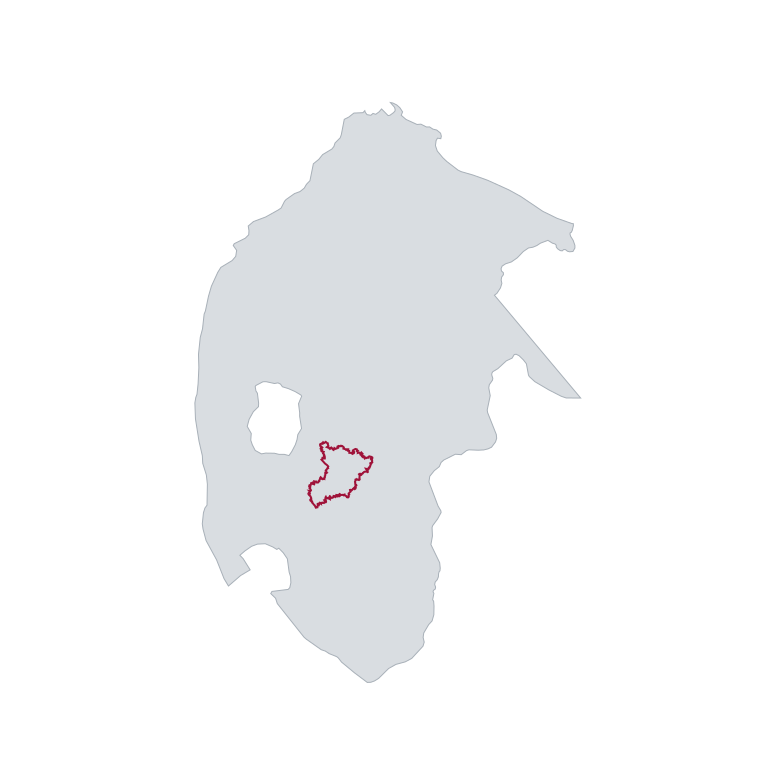 location of Fezile Dabi, Free State, South Africa, rotated 141°
{"feature_id": "47623444B21501715606105", "entity_name": "Fezile Dabi", "entity_type": "district", "adm_level": 2, "iso_a3": "ZAF", "parent_name": "South Africa", "parent_adm1": "Free State", "projection": "natural_earth1", "projection_center": [27.835, -27.476], "detail": "fine", "context": "in_parent", "style": "outline", "palette": "rose", "viewbox_px": 768, "rotation_deg": 141, "n_neighbors": 0, "source": "geoboundaries", "source_scale": "gbopen_adm2", "svg_char_len": 9649}
<svg xmlns="http://www.w3.org/2000/svg" viewBox="0 0 768 768"><g transform="rotate(141 384 384)"><path d="M518.7,155.7L535.1,153.3L542.4,154.7L551.2,158.6L559.4,160.0L573.4,158.6L578.2,159.2L582.0,160.5L584.8,162.6L588.7,178.1L592.0,194.6L591.9,200.0L592.4,202.0L596.3,209.0L597.7,213.4L600.0,217.0L605.0,234.7L605.5,237.7L605.1,280.5L603.1,285.7L603.9,292.4L601.6,293.3L587.8,284.7L585.4,285.0L581.4,288.2L577.8,293.2L576.1,297.5L569.1,309.0L568.5,316.3L569.1,322.6L571.4,322.9L573.0,327.4L576.8,334.6L583.1,339.2L589.0,341.2L597.2,341.8L603.8,341.6L603.4,336.8L605.0,323.8L615.9,325.4L632.0,324.9L630.8,333.4L624.8,352.6L620.8,374.3L615.9,385.2L613.2,389.7L605.3,397.6L601.2,400.3L597.8,401.2L584.3,417.3L579.3,425.1L574.8,436.4L570.3,442.6L563.8,455.9L552.5,475.5L542.9,488.3L538.7,492.0L535.8,493.7L528.3,501.2L517.6,513.2L509.5,523.8L497.4,535.9L490.3,541.1L479.8,551.5L476.9,553.1L465.1,562.7L456.6,568.6L442.9,575.4L437.4,577.3L424.4,575.5L418.9,576.5L414.4,580.6L414.0,586.5L412.1,587.3L400.1,584.6L395.2,585.1L392.4,588.2L390.1,592.2L383.2,592.4L371.0,588.3L356.6,585.8L353.2,585.5L346.3,588.6L343.9,589.0L333.7,588.3L328.1,586.4L322.7,586.4L318.6,588.0L313.6,588.6L300.3,599.6L293.3,599.6L287.3,600.9L276.7,599.4L273.5,600.1L270.4,602.1L263.1,602.9L260.3,604.6L248.3,614.7L243.3,613.6L236.9,613.5L229.6,608.1L226.9,608.5L227.6,606.9L227.7,604.0L225.1,601.1L222.3,601.2L220.7,598.8L216.4,598.6L212.8,599.3L211.9,590.0L210.2,589.1L205.9,588.9L203.8,589.2L202.8,590.0L201.7,592.2L201.9,598.7L200.3,596.8L198.5,592.9L197.8,588.8L198.3,583.8L201.5,582.0L200.4,575.7L195.0,564.9L191.8,562.7L189.3,557.1L186.8,555.1L185.6,551.3L183.2,548.2L182.2,543.3L183.5,540.5L185.5,538.9L187.7,541.4L190.3,540.4L194.0,536.9L196.0,531.5L195.9,522.9L195.2,517.5L191.9,503.7L190.4,500.5L183.4,490.5L175.3,477.2L164.8,456.3L159.7,443.7L151.9,418.2L145.2,403.8L137.0,390.4L136.0,389.5L137.1,387.9L141.2,384.8L143.1,384.0L144.2,384.3L145.1,383.5L146.0,381.4L146.6,376.6L148.4,371.6L150.1,369.5L153.8,368.1L156.6,370.0L157.9,371.8L158.4,374.2L159.7,375.4L161.7,375.3L163.1,376.8L164.0,379.9L163.9,382.1L162.8,383.5L163.0,385.3L164.5,387.5L166.2,392.5L173.8,395.0L178.1,395.4L182.2,396.6L186.1,398.8L192.4,399.3L201.0,398.2L208.2,398.7L213.9,400.9L218.0,401.3L220.5,399.9L221.6,397.9L221.2,395.4L222.4,393.8L225.2,393.1L227.5,391.1L229.1,388.0L233.0,385.4L239.2,383.4L242.3,383.5L240.0,249.3L251.2,258.5L253.9,262.8L259.5,275.4L265.3,290.9L266.4,298.3L266.1,300.0L260.6,310.1L260.5,315.1L261.2,321.0L262.6,324.0L264.3,324.9L268.2,323.5L274.3,325.0L285.9,324.3L291.7,325.1L293.2,324.6L294.5,323.4L295.9,319.9L297.3,318.7L302.6,317.2L305.0,315.1L308.8,308.1L320.2,298.8L321.5,296.5L328.5,274.1L330.6,270.9L333.8,268.8L340.2,267.2L343.9,268.1L348.0,270.0L352.5,273.3L359.4,279.4L361.7,280.3L368.5,280.5L372.7,284.5L385.4,287.3L389.0,287.1L393.0,285.0L399.5,285.0L406.5,283.5L410.7,279.6L418.8,255.1L419.6,249.7L420.5,248.2L427.2,245.4L435.3,243.3L437.0,242.2L442.0,235.4L448.6,229.7L453.2,210.1L456.2,205.5L458.1,203.6L459.2,203.5L460.9,202.3L463.1,199.9L465.8,198.4L468.8,197.9L470.8,196.3L471.7,193.7L473.2,192.4L475.5,192.5L476.7,191.6L477.0,189.9L482.0,185.7L482.1,184.0L485.0,179.8L490.5,173.3L495.8,169.6L500.7,168.9L509.8,165.5L513.1,162.4L515.2,158.1L518.7,155.7ZM503.0,444.7L511.1,441.4L517.0,437.1L518.3,429.1L522.9,424.2L524.6,419.6L525.9,413.4L523.2,406.8L519.5,404.8L512.8,399.2L509.8,395.3L505.8,392.1L502.9,388.2L498.3,389.5L491.1,392.6L486.6,395.5L482.8,398.9L476.1,401.3L469.8,412.1L467.7,414.6L462.8,422.5L455.7,426.3L455.5,427.8L457.9,434.2L461.2,440.6L464.7,445.8L464.5,449.1L465.7,451.6L468.8,453.3L474.0,459.8L476.6,461.9L484.6,463.5L485.7,463.1L487.9,459.2L488.2,456.5L493.5,448.0L495.8,445.4L503.0,444.7Z" fill="#d9dde1" stroke="#a8b0b8" stroke-width="1"/><path d="M439.3,334.3L440.6,336.3L440.4,336.3L441.0,337.1L442.8,336.7L443.1,337.4L444.2,337.4L444.8,338.4L445.9,338.2L445.9,338.6L445.6,338.9L445.4,340.1L445.0,340.2L445.2,340.7L445.8,340.5L445.9,341.0L446.5,340.8L446.6,341.4L446.1,341.5L446.3,341.9L446.1,342.0L446.3,342.6L446.5,343.2L445.9,343.0L444.6,343.2L444.7,345.1L446.2,344.9L446.5,346.4L447.5,346.8L447.0,347.1L447.6,349.3L447.5,349.1L446.8,349.3L446.9,349.1L446.8,349.4L446.4,349.2L446.7,351.1L447.1,351.5L448.4,351.8L449.1,351.8L450.0,352.0L450.4,351.5L449.9,349.9L450.5,349.5L451.5,349.5L451.5,349.3L452.3,349.5L451.8,350.8L452.2,350.9L452.7,350.5L452.8,351.0L454.3,352.3L453.1,353.9L454.0,354.8L452.9,355.8L453.9,356.6L454.5,356.3L454.8,356.6L454.4,357.0L455.2,357.8L456.2,359.3L455.1,360.0L455.4,361.8L455.6,361.8L456.2,363.0L456.7,362.8L458.1,364.2L458.7,363.9L458.6,364.5L459.1,364.6L459.0,363.7L459.3,363.6L459.3,364.1L459.5,363.5L459.7,363.3L460.4,363.9L461.1,363.6L462.7,364.2L462.7,364.7L462.9,365.5L464.7,364.5L464.9,365.0L464.8,367.0L465.3,367.2L465.2,367.7L466.0,367.5L466.1,367.9L466.7,367.8L466.6,368.3L467.0,368.4L467.0,368.8L468.1,370.9L466.2,370.8L465.5,372.8L465.0,373.2L465.4,373.9L465.7,375.7L467.3,375.7L467.5,376.0L467.8,376.6L468.1,376.6L468.1,377.0L468.4,376.9L468.5,376.1L469.1,376.1L469.1,376.9L469.3,377.0L469.8,376.7L471.1,377.4L471.9,376.5L472.1,376.7L472.5,376.1L472.3,375.8L471.9,373.4L472.8,373.2L473.4,374.0L473.8,373.8L473.7,372.9L473.9,372.9L473.8,372.4L473.6,371.6L474.8,371.5L474.7,370.5L473.6,369.2L475.1,368.4L474.9,367.1L475.6,366.4L475.1,366.4L475.5,365.4L475.8,365.5L476.1,364.3L476.6,364.0L476.6,363.8L476.8,363.5L477.0,363.7L477.0,363.9L477.3,363.7L477.6,363.8L477.8,364.0L477.7,364.4L478.0,364.6L478.0,364.9L478.3,365.2L478.7,364.6L480.2,364.6L480.0,361.6L479.9,359.3L479.3,356.8L479.2,355.0L480.5,354.4L480.5,353.8L481.6,353.9L482.5,353.7L483.7,353.5L483.8,353.2L483.5,352.8L484.2,351.7L484.5,351.7L484.3,351.0L485.8,351.1L485.9,351.5L487.2,349.9L488.0,349.4L488.2,349.5L488.7,348.7L489.1,348.7L489.8,348.0L489.9,348.5L490.4,348.6L490.6,348.4L490.9,348.6L491.0,348.3L491.6,348.6L491.9,351.4L492.6,351.2L492.7,350.8L492.9,350.5L492.9,350.3L493.3,350.7L494.5,350.0L494.7,349.8L495.1,349.8L495.4,349.3L495.8,349.6L496.1,349.6L496.5,349.1L497.0,348.9L497.6,349.2L498.4,349.9L498.2,350.2L498.3,350.8L498.2,351.0L498.7,351.3L499.5,352.3L499.9,351.7L500.0,351.8L500.7,351.6L500.7,350.7L500.9,350.3L501.2,350.1L501.5,351.1L501.9,351.3L502.1,351.0L502.8,352.0L502.3,352.5L502.8,352.6L503.0,352.8L504.5,351.7L504.5,352.0L506.5,352.3L506.3,352.2L506.5,351.9L506.6,351.0L506.4,350.4L506.6,349.9L507.4,349.9L507.4,348.1L507.8,347.3L508.8,347.5L509.3,348.0L509.2,347.0L510.2,346.8L510.3,346.3L510.7,346.6L511.0,345.3L511.3,345.3L512.0,345.8L512.1,345.2L511.8,343.1L512.4,341.0L513.3,340.7L513.2,340.0L513.3,339.8L513.7,339.7L514.4,340.0L514.5,339.5L513.8,339.1L514.1,338.4L513.8,338.3L513.7,338.0L514.2,337.1L514.4,337.0L514.4,336.6L514.5,336.5L514.3,335.8L514.5,334.5L514.2,333.4L514.8,330.8L513.4,330.1L513.0,330.9L512.4,331.0L511.9,330.9L511.5,331.2L511.1,330.9L510.9,331.4L511.2,331.5L511.2,332.0L511.3,332.2L511.0,332.6L510.7,332.5L510.4,331.6L510.0,331.4L509.5,332.0L509.1,331.8L508.7,332.0L508.4,330.9L508.1,331.5L507.5,331.1L507.6,330.8L507.4,330.6L506.9,330.4L506.6,330.6L506.4,330.5L505.6,329.3L505.4,329.3L505.3,329.6L504.8,329.5L503.6,328.7L503.3,328.8L503.3,329.1L502.9,329.3L502.4,330.2L502.7,330.5L503.2,330.1L503.8,330.3L503.6,331.2L503.0,330.8L502.5,330.8L502.5,331.2L502.0,331.3L501.7,331.8L501.3,331.7L501.1,331.9L501.0,332.4L500.8,332.7L500.2,332.9L500.3,332.5L500.6,332.4L500.7,332.0L500.1,331.4L500.0,331.1L499.3,330.7L499.5,330.2L498.8,329.4L498.5,328.6L498.3,328.9L498.5,329.1L498.3,329.5L498.2,329.8L497.7,329.1L497.3,329.2L497.7,329.8L497.1,330.7L496.7,330.9L496.6,330.7L497.1,330.1L496.2,328.7L496.2,328.2L495.3,328.1L494.8,328.0L493.9,328.6L493.7,328.1L494.1,327.8L494.1,327.7L493.6,327.7L493.5,328.1L493.2,328.3L492.8,327.8L492.6,327.3L492.6,327.0L492.0,327.3L492.0,326.9L491.6,326.4L491.2,326.1L491.0,326.7L491.0,327.0L491.3,327.4L490.9,327.7L490.6,327.2L490.2,327.2L489.7,326.5L489.7,325.8L489.5,325.1L489.3,324.8L488.9,324.8L488.7,325.0L489.2,325.6L489.3,326.2L489.2,326.4L488.7,326.2L488.4,326.4L487.7,326.4L487.6,325.9L487.7,325.7L487.7,325.2L487.5,324.8L486.4,324.3L486.1,323.9L485.6,323.7L485.5,323.1L485.1,323.0L484.5,322.9L484.9,322.4L484.3,322.0L484.1,321.2L483.9,320.7L484.1,319.4L483.4,318.5L483.1,318.4L482.3,318.6L482.1,319.2L481.8,319.7L480.8,319.9L480.9,320.3L480.4,321.2L479.5,321.2L478.9,321.4L477.5,321.4L477.1,321.7L477.1,321.9L477.0,322.5L477.2,322.9L477.1,323.1L476.8,323.0L476.4,322.6L476.2,322.1L475.8,321.7L475.0,321.8L474.6,321.8L474.2,322.1L473.3,322.0L472.9,322.1L472.8,321.8L473.0,321.4L472.9,320.7L472.3,320.7L472.2,321.0L471.8,320.8L471.1,321.2L471.0,321.5L471.4,322.0L471.0,322.5L470.6,322.2L470.1,322.6L469.5,322.5L469.2,322.6L469.1,323.0L469.5,323.5L469.3,324.1L469.3,324.5L468.6,325.0L468.2,326.2L467.1,326.8L466.3,327.7L465.9,327.6L465.4,326.8L465.0,327.0L464.9,326.5L464.1,325.8L464.1,325.4L463.9,325.1L463.0,325.1L462.6,325.7L462.6,326.0L462.0,326.5L461.7,327.1L461.1,327.5L460.7,328.2L460.4,328.5L460.2,329.1L460.2,329.6L459.6,329.6L459.1,329.3L459.3,328.6L459.3,327.9L459.1,327.7L458.8,327.7L458.5,328.2L458.1,328.3L457.2,327.8L456.7,327.9L456.4,328.2L456.0,328.1L455.0,328.2L454.7,328.1L454.2,328.0L452.5,326.8L452.2,326.5L452.3,325.9L452.0,325.8L451.6,326.3L451.4,327.0L451.5,328.9L451.4,329.5L451.0,329.0L451.0,328.4L450.7,328.1L450.2,328.1L449.8,327.5L449.5,327.6L449.2,328.3L448.3,328.7L448.1,328.6L448.1,328.0L447.9,328.0L447.4,328.4L446.7,328.6L446.2,329.2L445.1,329.6L444.7,330.8L444.5,331.1L444.1,331.0L443.9,330.4L443.6,330.2L442.8,330.6L442.3,330.6L442.1,331.4L441.5,331.8L441.1,332.4L441.5,333.3L441.3,334.3L440.2,334.1L439.8,333.7L439.5,333.8L439.3,334.3Z" fill="none" stroke="#9f1239" stroke-width="2"/></g></svg>